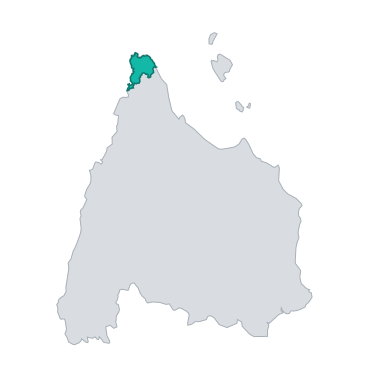 location of Gerona within Spain, rotated 274°
{"feature_id": "ESP-5820", "entity_name": "Gerona", "entity_type": "Autonomous Community", "adm_level": 1, "iso_a3": "ESP", "parent_name": "Spain", "parent_adm1": "", "projection": "orthographic", "projection_center": [2.529, 42.07], "detail": "fine", "context": "in_parent", "style": "filled", "palette": "teal", "viewbox_px": 384, "rotation_deg": 274, "n_neighbors": 0, "source": "natural_earth", "source_scale": "10m", "svg_char_len": 6482}
<svg xmlns="http://www.w3.org/2000/svg" viewBox="0 0 384 384"><g transform="rotate(274 192 192)"><path d="M206.6,88.1L206.6,89.3L208.3,91.5L213.9,93.0L215.3,94.0L214.9,96.9L213.4,99.4L214.6,100.5L216.0,100.6L217.7,98.6L218.0,100.0L220.6,101.3L226.2,103.9L230.2,104.3L234.2,109.1L241.0,108.4L247.0,113.0L252.8,112.2L254.1,113.1L263.0,113.4L263.6,109.9L264.7,108.4L280.1,113.7L281.9,116.8L281.6,118.3L282.3,121.9L284.4,121.8L288.5,119.9L293.8,122.4L295.2,124.6L296.3,124.8L300.3,122.6L311.1,125.2L311.5,123.5L312.3,123.0L316.8,121.5L318.7,121.1L324.5,122.2L325.1,124.3L326.3,125.1L326.8,126.8L323.4,127.9L323.1,130.9L325.2,133.5L325.5,138.0L319.6,143.8L302.9,153.5L297.3,159.3L284.7,162.2L271.6,166.3L263.7,173.9L265.7,174.5L268.0,177.2L267.2,178.4L263.7,180.1L260.7,180.6L254.7,190.0L246.5,199.6L243.5,204.0L236.9,215.3L236.7,218.6L239.5,230.2L241.2,233.3L243.6,235.9L248.3,238.2L249.4,240.3L247.7,242.3L242.9,245.7L234.4,250.3L230.7,254.0L229.9,257.7L227.4,259.2L226.3,264.3L222.6,271.4L222.4,273.2L224.9,275.9L222.2,277.5L209.3,277.6L201.0,282.8L196.8,287.6L192.7,296.6L188.0,301.8L186.0,302.7L183.0,300.2L179.2,299.6L175.5,300.1L173.5,301.9L170.4,302.8L167.5,301.7L161.1,300.8L158.3,300.7L153.8,301.9L150.0,300.6L143.6,299.6L129.7,299.8L127.9,300.2L121.2,305.9L114.5,305.5L108.2,307.4L103.6,313.1L102.6,316.3L101.4,315.4L100.5,315.6L99.8,318.0L95.4,319.1L90.8,316.6L87.2,313.3L85.1,312.8L82.2,307.8L81.0,304.7L80.3,301.4L80.4,299.1L77.6,297.5L77.1,294.5L79.6,290.9L82.7,289.1L80.0,289.0L77.9,291.3L75.8,287.1L66.5,278.3L67.3,275.6L65.4,277.5L64.2,277.9L59.2,277.0L53.2,277.3L52.1,263.9L54.1,259.5L61.6,251.4L65.8,250.6L67.9,246.2L64.2,246.0L59.2,236.4L61.6,228.4L68.1,222.8L69.4,220.4L69.8,218.2L68.9,216.4L65.7,215.2L63.2,208.3L62.9,204.1L60.4,201.5L58.7,197.2L60.7,196.8L69.0,197.8L71.1,196.9L72.9,194.4L74.9,190.1L75.6,187.4L72.8,183.2L72.8,182.4L73.3,181.1L78.8,177.3L78.1,174.0L79.6,167.3L79.6,163.3L79.5,160.0L78.2,155.6L79.5,154.0L82.2,152.8L84.6,149.6L87.9,147.1L92.1,145.2L97.2,140.6L96.7,138.3L95.2,136.8L89.7,135.3L89.5,134.2L90.1,128.7L88.9,126.4L86.8,126.4L83.8,125.1L83.0,125.6L79.1,125.0L76.4,123.7L75.2,124.4L74.6,126.3L69.8,127.8L67.2,127.4L63.1,125.2L58.3,125.2L57.7,124.7L53.3,126.4L52.0,126.3L50.6,123.4L53.3,119.7L51.8,115.8L50.6,115.5L42.6,117.2L37.7,120.2L35.9,120.4L35.3,119.7L35.8,114.6L41.1,109.8L38.3,109.1L38.6,107.5L40.8,105.3L39.1,103.1L39.9,97.7L35.5,98.9L34.5,98.5L34.8,96.3L37.9,92.2L35.3,91.4L33.5,89.5L31.5,85.5L31.8,83.7L33.7,79.4L37.6,77.8L41.5,75.2L46.2,76.4L53.7,74.8L56.3,73.8L56.5,71.9L55.8,70.4L56.7,69.2L63.0,66.3L66.6,66.3L70.4,64.9L72.6,66.4L74.7,66.2L77.0,67.9L79.7,71.5L84.2,73.4L88.1,72.8L107.1,74.5L112.7,73.4L116.7,75.9L124.7,77.6L129.4,79.7L142.8,83.6L147.7,84.0L157.8,82.1L160.4,83.0L164.5,81.9L166.3,82.3L168.7,84.4L177.2,87.6L179.6,85.5L181.4,85.2L187.6,86.9L193.7,90.0L197.0,90.4L201.9,89.9L206.6,88.1ZM323.5,207.7L325.9,208.8L328.4,207.8L329.7,208.1L331.0,208.6L331.4,210.6L326.1,220.7L321.8,223.5L317.4,221.4L314.9,220.9L314.2,220.0L313.6,216.8L312.4,215.8L310.8,215.3L307.4,217.9L306.4,216.2L304.8,215.8L304.2,214.8L304.2,213.5L314.5,205.7L317.5,203.9L323.8,201.9L324.7,202.2L323.9,203.4L324.8,204.5L323.5,207.7ZM352.5,203.2L351.6,206.0L343.8,202.4L341.3,202.1L340.7,201.5L341.0,198.7L346.0,198.2L350.2,199.5L352.5,203.2ZM280.9,235.8L279.9,237.7L276.1,237.0L275.3,236.2L276.1,233.9L277.2,233.7L277.3,232.1L278.5,230.5L283.9,229.3L285.1,230.4L285.4,231.9L282.1,235.3L280.9,235.8ZM284.5,243.8L283.9,244.2L279.8,243.8L279.7,242.5L280.6,240.6L282.1,242.5L284.5,242.8L284.5,243.8Z" fill="#d9dde1" stroke="#a8b0b8" stroke-width="1"/><path d="M288.7,120.2L289.1,120.4L290.6,120.6L291.1,120.8L292.4,121.7L293.0,121.9L293.4,121.9L293.8,122.1L294.1,122.6L294.4,123.8L294.6,124.3L295.1,124.7L295.4,124.9L295.7,125.0L296.3,124.9L296.7,124.8L297.0,124.6L297.4,124.2L298.0,123.8L298.1,123.6L298.3,123.1L298.4,122.9L298.8,122.8L299.9,122.9L301.4,122.5L302.1,122.4L302.8,122.8L303.1,123.0L304.5,123.7L305.2,123.8L305.6,123.8L305.8,124.4L306.2,124.9L306.6,125.2L307.1,125.4L307.5,125.6L307.8,125.7L308.1,125.7L308.4,125.0L308.6,124.9L309.1,124.8L310.2,125.2L310.7,125.3L311.3,125.3L311.3,125.1L311.0,124.8L310.8,124.2L311.0,123.9L312.0,123.1L312.4,122.9L312.9,122.9L313.9,123.0L314.4,122.9L314.7,122.7L315.5,122.0L315.8,121.7L316.2,121.7L316.6,121.7L317.0,121.6L317.8,121.0L318.6,121.3L319.0,121.0L319.9,121.1L320.1,121.2L320.3,121.5L320.4,121.8L320.7,122.1L321.0,122.2L321.5,122.4L322.1,122.5L322.7,122.4L323.7,122.2L323.7,122.7L323.5,123.4L323.6,123.9L323.6,124.4L323.9,124.9L324.3,125.2L324.8,125.1L325.4,125.1L325.7,125.5L325.9,125.5L326.1,125.3L326.4,125.3L327.0,125.7L326.5,126.9L326.4,127.2L326.3,127.7L326.1,127.9L325.9,128.1L325.7,128.4L325.4,128.2L324.5,128.4L323.7,128.1L323.5,127.8L323.1,127.9L322.6,128.5L322.3,129.1L322.3,130.3L322.2,131.1L322.4,131.7L322.8,132.1L323.6,132.6L324.1,133.2L324.6,134.0L324.6,134.4L324.3,134.7L324.2,135.1L324.3,135.6L324.5,136.3L324.5,136.5L325.0,137.1L325.2,137.3L325.1,137.9L324.5,139.0L324.2,139.8L323.8,140.2L323.1,141.2L322.3,141.1L321.4,141.8L321.2,142.7L320.5,143.1L318.3,144.8L317.9,145.5L317.1,145.7L316.6,145.9L315.9,146.0L315.7,146.1L315.2,146.5L315.0,146.9L314.8,147.0L314.5,147.0L314.2,147.7L313.8,146.8L313.7,146.5L313.8,146.4L314.0,146.1L313.9,145.3L313.4,144.8L312.3,144.4L311.9,144.4L311.5,144.4L310.8,144.9L308.6,145.4L305.9,142.6L304.9,142.6L304.3,142.8L304.1,142.8L303.7,142.5L303.3,141.9L303.1,141.2L303.0,140.6L303.2,140.2L303.4,139.9L303.5,139.8L304.6,140.4L304.9,140.3L305.6,139.9L306.1,139.9L306.5,139.2L306.6,138.8L306.3,138.5L306.1,138.3L306.0,138.1L306.0,137.9L307.2,136.6L307.4,136.1L307.5,135.4L307.3,134.7L306.9,134.2L306.5,133.9L305.5,133.9L305.2,133.6L304.2,132.3L303.3,132.6L302.8,132.6L302.5,132.3L302.3,131.8L302.2,131.6L301.0,131.6L300.7,131.8L300.5,132.0L300.4,132.1L299.3,132.1L298.6,132.4L298.4,132.3L297.8,131.8L297.6,131.8L297.2,131.8L296.9,131.6L296.8,131.3L296.8,130.2L296.7,129.9L296.6,129.6L296.1,129.0L296.0,128.9L296.2,128.1L296.5,127.7L296.6,127.4L296.6,127.1L296.5,126.9L296.5,126.7L296.4,126.6L296.2,126.6L295.9,126.5L295.2,126.7L294.8,126.7L294.0,126.0L293.4,125.9L291.7,126.3L291.5,125.6L291.6,125.3L291.6,125.1L291.6,124.8L291.5,124.6L291.1,124.0L291.0,123.8L291.0,122.8L290.9,122.6L289.4,122.1L289.0,121.7L288.8,121.2L288.7,120.7L288.7,120.2ZM294.8,120.5L295.0,120.8L295.2,121.4L295.5,121.9L295.4,121.9L295.2,121.9L294.6,121.9L294.3,121.6L294.2,121.2L294.5,120.6L294.8,120.5Z" fill="#14b8a6" stroke="#0f766e" stroke-width="1.5"/></g></svg>